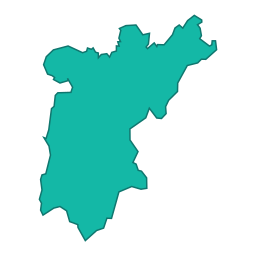 outline of Studenichani, Studeničani, North Macedonia
{"feature_id": "65306769B72053820604170", "entity_name": "Studenichani", "entity_type": "district", "adm_level": 2, "iso_a3": "MKD", "parent_name": "North Macedonia", "parent_adm1": "Studeničani", "projection": "albers", "projection_center": [21.452, 41.825], "detail": "fine", "context": "isolated", "style": "filled", "palette": "teal", "viewbox_px": 256, "rotation_deg": 0, "n_neighbors": 0, "source": "geoboundaries", "source_scale": "gbopen_adm2", "svg_char_len": 1397}
<svg xmlns="http://www.w3.org/2000/svg" viewBox="0 0 256 256"><path d="M146.8,188.3L146.6,177.8L141.5,171.2L138.2,170.3L136.1,164.1L132.9,162.5L138.0,151.6L130.0,140.0L129.9,128.9L145.8,117.8L149.3,108.2L156.7,118.0L161.5,118.5L166.1,113.6L165.6,106.7L168.6,100.3L177.5,91.5L177.7,83.0L187.3,65.5L197.7,62.9L201.4,59.2L205.8,59.3L216.6,49.7L215.5,40.8L212.2,40.8L211.8,44.8L209.5,46.1L199.7,38.7L201.4,35.7L200.1,28.2L197.5,24.7L201.8,22.1L201.7,20.0L194.3,15.4L187.6,20.6L182.8,28.1L179.2,25.0L175.0,28.0L172.5,34.7L164.1,44.8L157.5,44.6L156.8,46.5L154.2,42.9L147.5,48.6L146.1,47.0L148.4,44.0L149.5,33.3L142.8,34.8L136.0,25.0L125.9,25.6L119.4,28.5L120.8,30.4L118.9,38.2L120.5,41.6L117.8,41.8L119.1,46.1L116.4,45.9L116.4,51.0L111.8,52.4L109.6,57.1L106.8,53.7L101.3,54.5L98.4,57.7L98.3,53.0L95.5,52.2L93.1,47.9L91.4,49.3L87.5,48.0L86.6,51.3L82.6,52.7L68.1,46.0L53.4,49.9L46.3,56.7L43.6,64.7L47.6,74.1L52.1,75.6L54.6,77.5L53.5,79.5L60.0,83.0L68.2,80.6L67.5,78.3L72.6,87.2L70.9,92.4L57.8,92.8L55.3,95.4L54.1,106.4L51.5,108.6L48.8,129.7L46.1,138.5L43.9,137.6L49.0,146.1L50.5,155.1L45.8,173.8L42.0,174.9L40.6,179.5L42.0,190.0L39.4,199.3L41.5,203.2L40.6,210.1L43.0,215.1L53.8,208.1L60.0,206.5L66.6,210.8L69.7,221.6L77.8,224.6L78.0,227.5L85.3,240.6L96.6,230.5L103.6,228.1L106.9,218.2L111.5,218.4L118.9,191.9L131.7,186.5L141.0,189.2L146.8,188.3Z" fill="#14b8a6" stroke="#0f766e" stroke-width="1.5"/></svg>